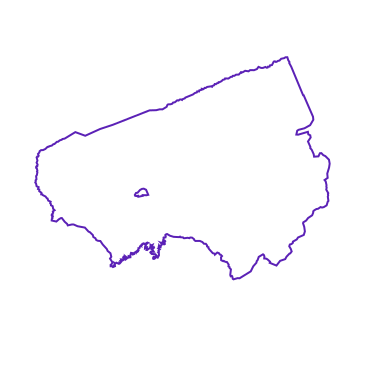 the district of Gokwe South, Midlands, Zimbabwe, rotated 157°
{"feature_id": "62879985B62286453442238", "entity_name": "Gokwe South", "entity_type": "district", "adm_level": 2, "iso_a3": "ZWE", "parent_name": "Zimbabwe", "parent_adm1": "Midlands", "projection": "mercator", "projection_center": [28.824, -18.131], "detail": "fine", "context": "isolated", "style": "outline", "palette": "violet", "viewbox_px": 384, "rotation_deg": 157, "n_neighbors": 0, "source": "geoboundaries", "source_scale": "gbopen_adm2", "svg_char_len": 6061}
<svg xmlns="http://www.w3.org/2000/svg" viewBox="0 0 384 384"><g transform="rotate(157 192 192)"><path d="M51.2,214.0L51.4,237.4L51.9,237.6L51.9,240.3L51.7,268.5L52.1,272.8L51.5,273.5L51.9,275.7L51.6,278.8L53.4,279.5L54.8,279.2L57.9,279.8L60.1,278.8L61.6,279.1L63.3,278.8L64.2,279.1L64.6,279.9L65.8,280.1L68.8,277.6L70.7,278.1L71.6,277.1L73.1,277.7L73.8,277.0L74.8,277.3L75.5,278.4L78.2,278.5L79.9,279.2L81.9,281.2L84.2,279.8L87.3,279.9L90.9,281.5L92.8,281.0L95.7,282.8L98.6,282.4L99.9,283.1L100.2,282.5L100.8,282.8L103.1,281.8L105.6,282.8L107.5,282.4L109.1,283.0L110.0,282.4L111.3,282.8L114.1,282.2L117.2,283.6L117.9,282.9L119.8,283.2L121.5,282.5L124.6,282.3L124.8,282.6L125.5,282.1L126.8,282.3L127.9,281.9L128.9,282.5L130.1,281.6L132.4,281.7L132.6,281.2L133.4,281.9L137.0,282.8L138.8,282.4L139.6,282.9L141.3,282.2L142.7,283.2L143.1,282.3L145.6,282.7L146.2,281.8L147.9,282.6L148.6,281.8L150.7,282.0L153.0,281.4L161.3,281.5L162.0,281.0L164.4,281.1L165.2,280.6L165.9,281.5L167.3,281.9L168.6,281.4L169.8,282.2L172.6,281.3L174.6,281.7L175.6,281.0L177.3,281.1L179.8,282.0L180.7,281.7L182.1,280.3L186.9,279.6L189.3,280.7L193.0,281.3L199.1,283.7L200.8,283.8L238.7,284.8L252.0,285.9L268.3,285.5L276.0,292.7L288.4,290.9L290.6,291.4L291.4,291.0L293.6,291.2L295.6,290.6L296.8,291.0L299.9,289.9L300.9,290.2L302.8,289.5L305.7,289.9L306.3,289.6L307.3,290.0L310.2,288.9L312.8,288.8L314.5,289.5L316.3,289.1L317.1,288.0L318.9,287.2L319.0,285.3L319.8,284.7L320.6,285.1L321.5,284.6L322.0,281.3L323.6,279.7L323.4,277.6L324.3,276.3L324.8,276.6L325.8,275.9L326.0,274.9L325.6,274.5L326.0,272.0L326.7,271.4L326.6,270.6L328.2,268.2L329.3,267.5L330.2,264.5L331.4,263.9L331.5,263.1L332.6,261.9L332.2,261.0L332.8,258.0L331.3,256.4L332.6,254.9L331.6,253.9L332.3,252.4L330.9,250.2L331.7,248.8L330.7,248.3L330.7,247.6L328.6,245.1L328.0,242.8L327.5,242.4L327.7,240.3L325.9,238.3L326.9,237.2L326.6,236.3L327.0,234.9L325.8,233.4L326.4,230.8L325.6,228.9L327.7,228.5L327.9,227.1L329.1,226.5L329.2,225.7L330.0,225.8L330.3,225.2L329.7,224.0L330.6,223.5L330.5,222.6L331.6,221.9L332.3,220.6L328.4,217.8L325.2,218.9L323.0,219.2L322.0,218.9L320.8,214.3L319.4,211.4L319.4,209.8L315.1,209.0L313.6,208.3L310.7,205.2L304.5,201.1L302.7,195.9L301.8,195.1L300.1,191.1L300.4,189.1L299.0,187.2L298.9,185.2L297.6,183.8L295.5,182.7L294.7,178.6L292.7,172.8L292.7,170.7L291.0,167.5L291.6,163.9L293.5,162.7L292.7,158.3L294.4,156.9L295.4,156.7L295.9,155.4L294.5,154.8L294.1,153.8L292.6,153.8L293.0,154.8L292.3,155.1L291.7,154.5L291.1,156.9L290.6,156.0L289.3,156.5L287.4,154.5L286.9,155.0L286.5,154.8L286.4,155.3L285.7,154.8L284.1,155.6L284.9,155.6L284.9,156.5L283.8,156.2L283.7,157.7L283.1,157.4L282.7,156.1L282.0,156.2L282.5,156.8L282.2,157.2L281.0,156.6L280.4,158.0L280.8,158.8L280.0,159.3L279.4,158.8L279.3,157.3L278.6,157.0L278.9,156.4L279.6,156.5L279.5,155.8L278.2,156.2L278.2,158.3L277.2,156.5L275.5,156.4L275.0,156.9L275.6,157.4L275.4,157.8L274.5,157.1L274.6,156.1L274.2,156.0L273.4,157.9L271.9,159.8L270.5,158.9L270.7,158.2L271.2,158.2L271.0,157.6L269.6,157.5L269.6,158.2L268.6,158.7L267.8,158.6L267.5,158.1L267.1,158.9L266.1,159.1L266.0,158.2L265.0,158.4L265.0,158.9L264.4,159.1L264.8,159.6L263.5,160.3L263.3,161.2L262.1,161.0L261.2,162.2L260.4,162.5L260.1,162.2L260.1,162.7L259.1,163.1L258.7,162.8L257.9,163.7L256.5,163.6L256.4,162.7L256.0,162.4L252.9,162.9L252.4,162.4L253.5,162.2L255.2,161.1L256.6,159.9L257.2,158.7L255.8,159.1L255.0,158.8L256.6,156.5L256.0,156.1L254.1,156.7L252.8,156.7L251.2,158.5L250.8,159.6L250.1,158.6L249.0,158.7L250.7,156.9L250.3,156.0L248.7,156.2L248.7,155.6L250.1,155.1L251.1,155.4L251.6,154.9L250.8,153.7L250.5,151.9L253.4,153.1L254.0,152.6L253.3,150.7L250.1,149.1L249.5,147.4L250.7,146.7L252.6,147.4L253.7,146.4L253.7,145.5L252.7,145.2L250.0,146.1L249.2,145.0L247.1,146.7L246.4,148.7L246.7,149.7L245.8,149.9L245.7,151.3L244.1,151.8L245.0,153.3L243.8,153.5L244.1,154.5L243.4,155.5L243.3,154.2L242.5,153.6L242.0,154.9L241.4,154.7L240.7,155.2L241.2,155.9L240.3,155.4L240.0,155.6L240.6,157.5L239.3,156.3L239.0,157.3L238.3,157.6L237.8,156.8L238.5,155.2L238.2,154.7L237.4,154.7L236.7,156.8L235.9,157.2L236.0,157.6L237.4,157.7L237.4,159.0L236.4,159.7L236.2,160.9L235.9,161.2L234.1,160.6L233.5,161.4L233.4,162.8L232.2,163.2L231.3,163.0L229.3,160.3L226.4,157.9L221.5,155.5L220.5,155.6L220.3,154.9L218.0,153.7L217.7,152.8L217.0,152.4L214.0,151.6L212.4,150.5L211.4,150.8L209.8,150.0L208.6,147.9L208.7,147.0L208.0,145.6L203.9,143.9L202.0,141.9L201.2,139.7L199.5,138.9L199.0,136.9L199.4,136.0L198.4,134.7L198.8,133.9L198.5,132.6L196.8,127.6L195.3,126.4L195.4,125.4L192.4,126.4L191.1,125.2L190.9,123.7L190.1,123.1L189.4,121.3L190.8,120.6L191.8,117.8L190.3,116.1L189.7,116.2L188.6,114.7L187.2,113.9L186.6,110.8L187.5,109.3L186.8,108.3L187.1,107.5L186.4,105.6L189.2,100.7L189.3,99.3L188.1,99.2L187.9,98.7L188.4,96.1L187.9,95.4L183.7,94.9L181.9,94.0L168.9,96.0L164.6,99.7L160.4,101.7L159.4,103.1L158.2,103.7L155.9,106.2L151.0,106.9L150.5,106.1L150.5,104.5L151.5,102.6L149.8,101.7L148.9,100.6L147.4,97.4L147.4,96.9L148.1,96.4L143.0,91.3L137.8,94.2L132.4,93.8L130.3,95.5L126.4,97.2L125.6,97.1L123.5,98.3L123.3,101.0L123.7,104.0L122.7,105.2L122.2,105.5L120.8,105.2L119.0,105.8L118.5,106.9L114.1,107.4L112.2,108.7L105.9,108.8L103.5,111.6L102.3,116.1L102.0,119.8L101.4,120.6L98.1,121.1L95.3,122.7L90.5,123.6L88.6,125.5L87.9,126.9L86.5,127.4L84.1,127.7L82.5,127.3L79.5,127.9L78.4,126.9L76.6,126.6L73.3,127.1L70.8,130.1L69.9,130.5L68.8,134.7L67.9,135.8L67.7,137.1L67.0,137.7L67.5,141.7L66.3,143.5L66.3,144.3L65.5,145.8L64.8,149.5L65.3,151.2L61.6,152.0L60.3,156.1L56.3,160.9L54.2,164.3L53.3,168.2L55.2,172.9L56.8,174.7L57.7,177.2L59.1,177.7L61.7,175.4L65.8,176.8L65.2,179.4L65.3,184.1L66.0,186.2L65.4,187.2L65.5,193.2L61.5,195.8L61.0,198.0L62.4,199.6L61.8,202.1L71.9,203.3L73.5,204.1L71.2,207.3L69.6,207.6L63.6,206.7L57.1,207.4L52.1,211.1L51.2,214.0ZM233.4,212.0L233.4,206.5L235.2,206.8L238.6,208.4L238.8,207.7L243.3,208.6L243.1,209.6L244.6,209.9L245.8,210.7L245.8,211.6L243.9,213.0L242.4,212.6L239.0,214.2L236.8,214.4L235.1,213.9L233.4,212.0Z" fill="none" stroke="#5b21b6" stroke-width="2"/></g></svg>